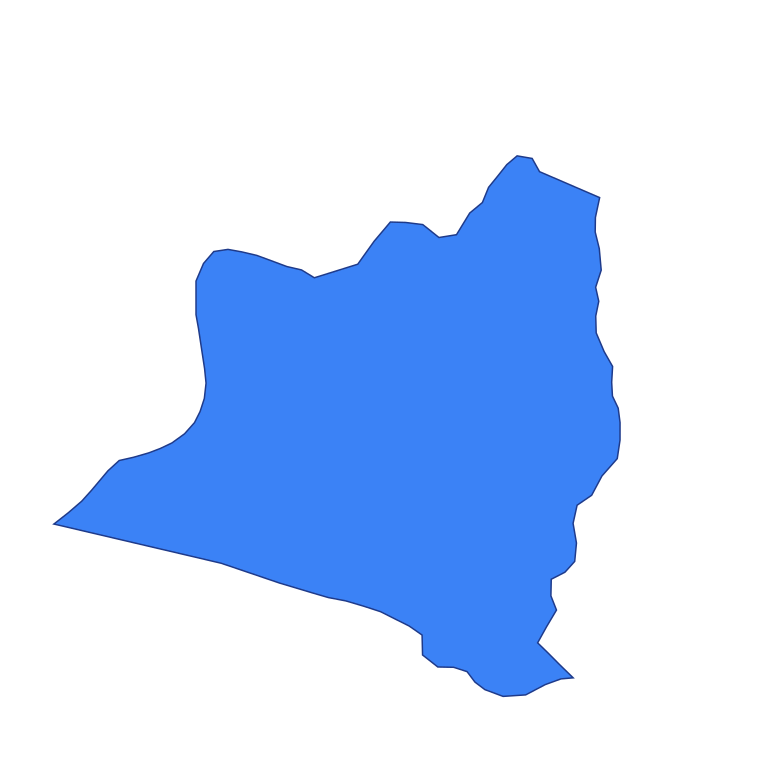 the district of Pescaria Brava, Santa Catarina, Brazil, rotated 198°
{"feature_id": "56859067B22440893254940", "entity_name": "Pescaria Brava", "entity_type": "district", "adm_level": 2, "iso_a3": "BRA", "parent_name": "Brazil", "parent_adm1": "Santa Catarina", "projection": "albers", "projection_center": [-48.887, -28.41], "detail": "fine", "context": "isolated", "style": "filled", "palette": "blue", "viewbox_px": 768, "rotation_deg": 198, "n_neighbors": 0, "source": "geoboundaries", "source_scale": "gbopen_adm2", "svg_char_len": 1335}
<svg xmlns="http://www.w3.org/2000/svg" viewBox="0 0 768 768"><g transform="rotate(198 384 384)"><path d="M236.5,627.9L301.7,634.0L312.8,644.3L327.9,642.1L335.0,630.6L339.9,617.4L345.3,603.4L346.5,587.0L355.3,573.1L361.2,548.4L377.0,540.3L396.4,547.6L413.4,544.3L428.0,540.0L437.5,516.7L446.0,489.8L483.1,463.5L497.7,467.0L512.6,465.7L544.7,467.0L560.1,465.7L574.0,463.8L586.8,457.4L592.9,442.9L594.6,423.8L584.2,391.8L577.6,379.5L568.6,361.5L559.4,343.2L553.5,329.8L550.4,314.7L550.4,301.0L552.3,288.7L558.3,275.0L567.5,262.4L576.9,253.5L586.6,245.7L599.6,236.9L612.2,229.4L619.7,216.2L629.4,192.3L635.3,179.1L644.6,163.8L654.7,148.8L483.6,163.2L458.8,162.9L421.7,162.4L387.2,163.2L370.9,163.7L353.4,165.9L335.0,166.4L317.0,166.4L299.3,163.7L285.3,161.6L270.2,157.0L263.6,138.2L245.4,131.5L230.2,136.1L216.1,136.1L205.4,128.6L193.6,124.5L174.2,123.7L153.2,132.1L137.8,147.9L124.6,158.2L113.3,163.0L130.7,171.6L144.7,178.8L157.9,185.3L154.4,203.3L150.1,222.3L159.8,234.1L164.6,250.0L153.7,261.0L147.8,274.2L151.8,292.2L161.1,309.9L162.9,328.4L152.1,342.4L148.3,363.9L139.1,385.1L142.2,403.6L147.6,420.3L153.8,433.4L163.0,443.1L168.0,456.0L172.0,471.3L184.7,482.9L198.0,498.2L203.6,514.0L205.3,529.0L212.6,541.4L212.6,559.4L221.1,579.3L230.1,593.8L234.4,607.7L236.5,627.9Z" fill="#3b82f6" stroke="#1e3a8a" stroke-width="1.5"/></g></svg>